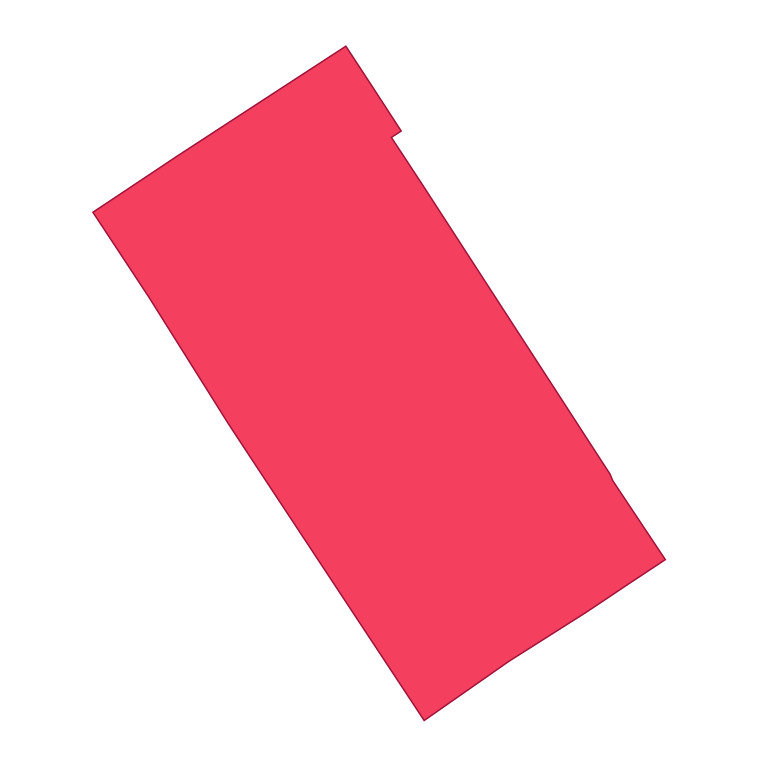 outline of DeKalb, Illinois, United States of America, rotated 327°
{"feature_id": "52423323B8884697818059", "entity_name": "DeKalb", "entity_type": "district", "adm_level": 2, "iso_a3": "USA", "parent_name": "United States of America", "parent_adm1": "Illinois", "projection": "mercator", "projection_center": [-88.72, 41.891], "detail": "fine", "context": "isolated", "style": "filled", "palette": "rose", "viewbox_px": 768, "rotation_deg": 327, "n_neighbors": 0, "source": "geoboundaries", "source_scale": "gbopen_adm2", "svg_char_len": 407}
<svg xmlns="http://www.w3.org/2000/svg" viewBox="0 0 768 768"><g transform="rotate(327 384 384)"><path d="M524.5,582.8L524.5,566.0L524.8,237.5L524.5,181.2L536.2,181.2L536.2,130.6L536.0,79.9L435.2,80.0L334.5,80.2L233.4,81.4L234.1,182.8L231.8,333.2L232.1,383.7L234.4,688.1L338.1,684.6L429.3,685.6L479.5,684.9L524.3,684.5L523.2,589.7L524.5,582.8Z" fill="#f43f5e" stroke="#9f1239" stroke-width="1.5"/></g></svg>